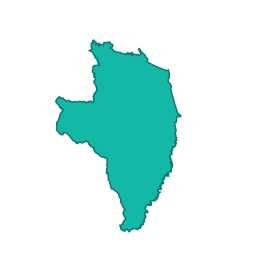 Loreto, Orellana, Ecuador, rotated 331°
{"feature_id": "8360857B25470470808554", "entity_name": "Loreto", "entity_type": "district", "adm_level": 2, "iso_a3": "ECU", "parent_name": "Ecuador", "parent_adm1": "Orellana", "projection": "equal_earth", "projection_center": [-77.401, -0.648], "detail": "fine", "context": "isolated", "style": "filled", "palette": "teal", "viewbox_px": 256, "rotation_deg": 331, "n_neighbors": 0, "source": "geoboundaries", "source_scale": "gbopen_adm2", "svg_char_len": 5815}
<svg xmlns="http://www.w3.org/2000/svg" viewBox="0 0 256 256"><g transform="rotate(331 128 128)"><path d="M86.2,174.7L85.9,175.8L87.1,178.1L87.4,179.2L87.4,180.0L88.1,181.1L87.2,183.1L86.9,184.6L87.4,186.4L87.3,187.2L85.9,188.4L85.5,189.2L85.8,191.3L85.4,193.4L85.5,196.4L86.0,198.0L84.9,198.1L82.5,199.8L82.1,201.1L82.0,205.8L81.6,206.8L80.8,206.7L78.9,207.5L75.9,209.7L73.7,209.2L73.5,210.5L73.7,211.9L73.0,212.3L72.9,213.2L73.6,215.1L74.9,216.4L75.8,216.6L76.8,215.5L78.1,215.9L78.6,219.3L79.3,219.3L80.9,218.1L82.5,218.7L84.6,218.8L85.2,219.0L85.7,219.8L86.1,219.8L86.3,220.5L87.3,221.6L89.1,220.7L90.3,221.6L90.9,219.9L91.4,219.9L91.9,220.4L92.1,219.6L92.9,219.0L93.7,219.4L94.2,219.3L94.5,219.7L94.8,218.5L96.3,218.1L96.9,216.9L97.3,217.2L98.4,215.1L98.9,214.8L99.4,215.1L99.7,214.6L100.3,214.5L101.0,213.1L100.6,211.9L102.1,210.0L102.9,210.6L103.2,210.4L103.9,211.4L104.7,211.1L104.5,209.3L103.9,208.6L103.8,207.6L104.3,206.4L105.6,205.4L106.8,204.7L107.4,204.7L108.3,205.3L109.0,204.7L109.5,205.3L109.1,206.0L111.0,206.6L111.1,205.8L111.6,205.8L112.1,204.4L111.7,203.1L112.7,202.8L114.7,203.8L116.1,203.5L116.3,203.9L116.0,204.5L116.3,204.8L117.7,204.5L118.6,203.3L118.9,204.0L119.2,204.0L119.4,203.5L119.1,202.9L119.2,202.4L120.1,203.3L121.0,202.2L121.7,202.1L121.8,201.6L121.4,201.0L121.6,200.4L123.1,200.6L123.3,199.5L124.8,199.6L123.8,198.5L123.7,196.8L124.5,196.5L125.2,196.7L125.6,196.3L126.8,197.8L127.9,197.0L127.5,195.6L127.5,195.3L128.2,195.3L128.0,194.3L128.5,194.2L128.3,193.8L129.2,193.7L129.7,194.0L130.7,193.3L130.8,192.6L131.5,193.6L132.6,193.2L132.2,191.7L133.2,190.8L133.9,190.7L133.8,189.9L134.1,190.2L134.3,189.5L134.9,189.5L134.8,189.9L135.5,189.7L137.2,187.6L137.7,187.4L138.3,188.1L138.6,187.2L138.7,188.9L139.3,188.6L139.9,189.3L139.9,188.0L140.8,188.6L141.1,188.1L141.1,187.5L140.6,187.4L140.8,186.4L141.3,186.9L143.2,186.3L143.9,187.0L144.2,187.0L144.6,186.4L144.9,186.7L145.6,185.7L145.6,184.7L146.4,184.4L146.4,183.6L147.5,183.7L148.4,182.9L148.0,181.9L148.7,182.2L148.9,181.9L148.1,181.5L148.1,181.2L149.5,180.2L149.3,179.9L149.1,180.4L148.7,180.4L148.6,179.6L148.1,179.3L149.0,178.1L149.9,178.6L150.0,178.0L149.7,177.1L150.1,176.5L150.3,175.7L150.7,175.5L150.3,174.6L150.6,173.8L150.7,172.7L151.5,172.9L152.2,172.2L153.3,172.1L153.5,171.7L153.8,171.9L154.4,170.8L154.3,170.1L154.6,169.8L154.3,169.5L154.6,169.4L154.7,168.8L155.4,168.8L155.7,168.2L156.1,168.9L156.4,168.6L156.4,167.8L157.0,167.6L157.8,166.2L158.7,167.0L159.3,166.4L159.7,166.6L159.7,166.9L160.2,166.8L161.0,166.5L161.8,165.6L161.9,163.9L162.2,164.1L162.1,164.4L162.3,164.7L163.0,164.7L163.0,163.4L162.6,162.7L163.7,162.1L164.6,162.2L164.3,161.2L165.1,161.0L165.3,160.4L165.1,159.7L165.9,159.6L165.5,158.8L166.5,157.2L165.9,156.0L166.5,156.0L168.9,153.3L171.1,146.3L173.1,146.3L175.1,143.1L176.3,142.3L177.5,142.1L179.4,143.4L180.0,143.1L180.1,142.5L178.8,139.8L178.6,138.2L179.4,135.5L180.3,129.9L181.3,126.9L183.5,116.8L184.6,114.2L185.9,113.0L186.2,112.0L186.3,109.8L185.7,108.0L185.7,106.8L186.6,105.1L188.7,103.8L189.3,102.9L190.7,99.5L191.4,96.8L189.8,96.8L186.8,93.5L180.9,85.9L176.9,79.6L178.6,77.4L177.9,74.0L178.3,72.3L177.7,71.2L176.2,66.4L176.7,65.1L176.3,64.3L176.0,63.9L175.3,64.9L175.4,69.5L172.8,70.0L172.5,69.8L172.4,68.8L172.1,68.4L171.3,68.3L168.8,66.5L167.7,63.7L166.8,64.5L167.3,65.4L167.1,66.2L166.7,66.4L166.4,63.9L165.8,63.6L165.1,64.0L164.5,62.6L164.2,63.7L163.9,63.8L162.7,61.9L162.0,62.4L160.4,61.4L159.1,59.8L158.3,59.7L158.0,58.3L155.5,56.7L153.4,54.3L152.7,52.9L152.6,51.5L152.2,50.5L151.0,49.4L151.3,48.9L153.0,49.8L154.9,48.3L154.7,47.1L153.6,46.2L153.7,44.7L153.4,43.8L152.2,43.8L151.4,42.9L150.3,42.8L148.6,41.7L147.9,41.8L147.5,42.9L146.8,43.5L146.3,43.4L145.4,42.1L144.6,41.7L144.1,41.6L143.3,42.2L142.4,42.2L142.5,41.5L143.6,40.8L143.9,40.2L142.4,39.6L141.9,39.0L140.4,39.5L140.4,38.9L141.5,37.5L141.0,36.6L140.7,34.7L140.1,34.4L139.5,34.5L138.2,36.8L137.8,36.5L137.6,36.0L137.0,36.2L135.4,38.7L135.3,39.9L134.5,41.8L131.9,41.6L133.7,44.6L133.7,47.6L134.0,48.9L133.6,49.2L133.4,50.6L133.6,51.1L134.1,51.1L134.0,52.0L134.6,53.0L133.8,53.8L134.1,54.3L133.7,54.9L133.9,55.7L133.5,56.3L133.2,57.6L134.1,58.0L133.4,58.8L132.7,58.9L129.2,57.2L127.6,57.1L126.7,57.9L126.4,59.3L125.8,59.9L124.9,60.1L124.2,61.9L124.9,63.6L125.4,63.7L125.5,64.1L124.3,64.2L123.7,64.8L123.8,66.2L123.2,66.5L123.0,67.1L123.7,67.2L123.5,68.9L122.4,70.2L121.0,70.4L120.3,72.4L120.5,74.7L120.1,76.9L119.9,78.1L119.1,79.2L119.0,80.4L116.5,81.0L116.1,81.6L115.4,81.6L114.9,82.3L114.3,82.2L113.8,83.2L112.8,83.5L112.7,85.0L112.1,85.5L112.0,86.3L111.2,86.8L111.1,87.5L110.5,87.9L110.3,88.9L109.4,88.6L108.3,86.6L107.6,85.9L107.0,85.9L106.6,86.3L106.1,86.0L105.8,86.5L104.7,85.5L104.1,85.7L102.8,84.6L102.8,83.9L102.1,83.8L102.1,83.4L101.3,83.1L100.3,82.9L98.6,81.1L96.8,81.2L95.7,79.8L94.2,79.6L93.7,78.8L92.1,78.5L91.4,77.9L90.2,76.6L89.7,75.1L87.4,74.7L85.9,72.0L85.6,70.3L84.0,69.7L83.1,67.4L80.0,68.1L77.7,69.7L77.6,71.4L78.2,72.2L78.1,73.0L78.7,74.6L78.4,77.6L79.3,78.0L79.2,78.7L79.7,78.7L79.6,79.4L80.2,80.4L79.4,81.4L79.0,81.0L77.6,82.2L77.1,82.1L75.8,82.6L75.3,83.1L75.2,83.8L74.0,84.4L72.2,86.6L71.3,87.0L70.4,88.0L68.8,88.4L67.6,89.8L66.5,92.5L64.8,94.5L64.6,95.2L65.6,99.8L66.5,101.6L67.8,102.2L69.7,100.7L72.2,103.2L72.6,105.3L73.1,106.5L73.2,109.2L73.7,110.5L73.7,111.7L75.5,114.7L75.3,115.9L75.5,116.2L76.4,117.0L79.2,117.0L80.4,118.8L83.5,119.0L85.8,119.7L86.3,121.8L85.8,123.2L86.3,124.3L86.2,125.2L87.3,126.6L87.4,127.2L88.2,128.3L88.8,128.5L87.8,129.7L87.6,131.5L87.5,132.2L88.1,134.6L89.6,136.7L89.7,138.4L90.6,139.9L93.1,142.3L94.7,144.6L92.6,148.8L91.6,149.9L90.8,152.7L89.5,153.4L88.8,155.1L87.7,156.2L87.3,157.0L87.5,157.5L88.3,157.6L88.3,158.2L86.5,162.6L85.6,163.5L86.1,165.5L85.3,167.4L84.1,172.8L84.4,173.6L86.2,174.7Z" fill="#14b8a6" stroke="#0f766e" stroke-width="1.5"/></g></svg>